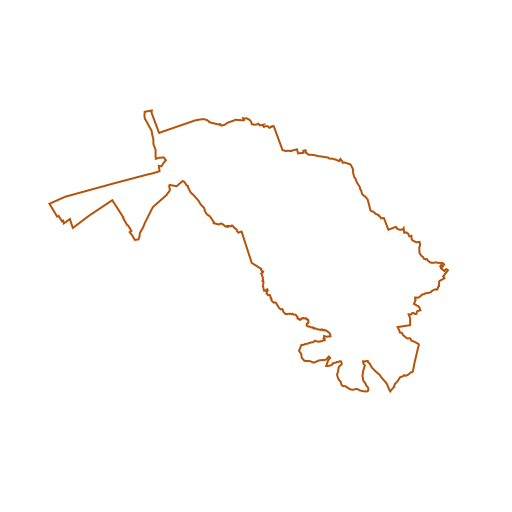 Vetagrande, Zacatecas, Mexico (Mercator projection), rotated 249°
{"feature_id": "50627088B7628264143957", "entity_name": "Vetagrande", "entity_type": "district", "adm_level": 2, "iso_a3": "MEX", "parent_name": "Mexico", "parent_adm1": "Zacatecas", "projection": "mercator", "projection_center": [-102.495, 22.871], "detail": "fine", "context": "isolated", "style": "outline", "palette": "amber", "viewbox_px": 512, "rotation_deg": 249, "n_neighbors": 0, "source": "geoboundaries", "source_scale": "gbopen_adm2", "svg_char_len": 6124}
<svg xmlns="http://www.w3.org/2000/svg" viewBox="0 0 512 512"><g transform="rotate(249 256 256)"><path d="M167.0,418.7L167.7,424.0L169.7,423.8L169.9,423.5L173.9,430.1L175.4,429.2L175.6,428.5L174.4,426.5L178.1,424.3L178.6,425.2L180.3,424.3L181.4,425.8L179.5,426.8L180.7,428.6L182.6,427.8L184.5,423.2L185.2,422.4L185.8,420.9L186.1,419.1L186.7,417.6L187.9,416.0L190.3,414.8L191.8,414.5L192.2,413.8L192.0,413.3L192.6,412.4L193.4,411.7L195.2,411.6L196.7,410.5L200.0,409.7L205.6,411.5L206.1,412.2L207.5,413.1L210.5,413.8L211.4,410.5L214.5,407.7L215.6,407.3L219.2,408.3L219.3,406.2L222.5,406.0L223.4,405.1L224.1,405.0L224.6,402.7L229.0,403.8L228.4,403.0L228.3,401.6L228.7,401.1L228.7,400.1L230.5,397.7L233.1,397.1L233.1,389.0L245.7,389.0L246.3,386.3L248.7,385.8L249.9,384.8L250.4,385.1L252.4,382.8L255.3,381.5L256.4,379.8L257.0,379.4L257.5,379.2L268.7,380.5L272.4,379.3L272.9,378.6L275.6,377.3L280.4,377.6L281.0,377.2L283.4,377.6L288.9,376.5L292.3,376.6L294.6,376.0L299.4,376.5L300.6,376.8L301.5,377.5L302.6,377.6L306.6,377.2L307.9,376.8L311.6,372.1L312.0,370.3L313.6,370.5L314.7,369.9L316.4,369.6L316.1,368.9L315.1,368.5L314.7,367.7L317.8,364.6L318.0,364.0L319.5,362.3L320.0,360.8L321.0,359.0L321.8,358.8L322.9,357.2L327.2,349.5L329.4,346.4L331.0,343.3L331.3,342.0L332.2,340.9L333.4,340.5L334.4,339.7L337.0,340.1L337.3,337.9L335.3,337.4L336.7,332.0L340.9,332.5L341.6,327.0L341.3,326.6L342.9,323.4L343.3,321.1L344.3,320.4L345.3,318.7L370.8,319.1L371.2,318.3L371.0,317.4L371.4,317.4L371.4,316.6L370.8,314.4L372.9,313.5L373.6,312.1L373.7,309.6L375.5,309.2L375.9,310.0L376.6,306.3L378.7,305.7L378.6,303.2L379.3,301.2L380.6,299.3L382.8,299.6L385.4,298.8L388.0,296.5L388.4,294.7L389.2,293.4L387.2,293.5L387.2,292.7L390.6,285.5L390.4,283.4L390.6,277.5L389.7,273.5L390.2,270.4L392.0,269.9L392.1,269.0L391.7,269.0L396.6,261.7L398.0,260.2L398.6,260.2L400.5,258.9L402.5,256.3L403.6,252.2L404.4,247.8L405.7,209.6L427.3,209.8L429.2,210.9L430.5,203.7L426.3,201.9L424.1,201.5L410.5,203.4L404.6,202.3L402.4,202.2L397.1,200.3L391.0,200.3L386.0,198.3L382.7,197.3L382.5,198.8L382.6,200.1L381.1,205.2L377.7,206.2L376.5,203.9L373.6,199.8L375.0,197.6L369.7,196.3L370.3,187.9L370.8,185.4L374.7,149.7L379.7,99.3L378.8,81.9L364.0,84.5L364.2,86.1L357.9,87.3L358.1,88.6L355.3,88.2L357.2,95.5L347.8,95.0L353.6,115.1L359.6,141.8L339.5,146.0L339.2,145.5L331.0,146.8L330.4,147.5L324.1,148.7L323.6,146.6L319.2,147.9L314.5,148.6L313.6,152.1L314.7,153.4L319.3,156.0L323.3,161.0L326.7,164.1L337.3,175.7L338.8,177.7L345.1,194.7L346.3,196.1L347.4,198.2L348.7,199.4L352.2,199.9L353.3,200.8L349.6,206.9L352.3,214.4L351.1,215.6L346.6,216.6L346.0,217.5L344.8,217.2L338.9,217.7L335.3,219.5L328.3,222.1L323.8,222.9L319.7,224.7L318.3,224.8L316.9,224.3L312.7,225.0L309.6,227.1L308.3,227.5L302.5,228.8L301.8,228.3L298.9,232.4L298.7,233.0L299.0,234.6L298.7,235.2L296.9,236.9L295.8,237.2L294.6,238.0L294.2,238.5L294.5,239.3L294.4,239.9L293.4,239.9L293.2,240.2L294.1,240.9L292.8,242.9L292.7,243.5L293.2,244.1L292.9,244.8L290.0,245.9L287.6,247.5L286.4,247.1L284.1,247.9L284.0,251.3L251.1,249.5L242.0,256.4L241.5,255.9L239.9,256.0L239.0,257.1L237.9,256.0L237.8,254.6L233.7,254.7L232.4,254.2L231.4,254.2L230.4,253.0L230.1,253.1L229.7,253.8L226.7,252.6L226.1,251.9L225.1,251.5L224.5,251.7L220.8,251.0L220.3,252.0L220.9,254.6L219.5,254.5L218.6,253.2L217.5,252.4L215.0,253.3L214.8,254.6L214.4,255.0L211.8,254.9L211.3,254.5L210.5,255.1L209.2,254.6L208.3,254.7L206.0,256.0L205.7,257.4L205.1,258.0L203.1,258.1L201.6,258.7L200.7,258.5L199.1,259.0L197.3,259.9L197.1,261.4L195.5,261.8L194.3,261.4L191.1,262.8L189.9,267.2L188.9,268.2L189.1,269.3L188.0,270.0L187.1,271.7L186.5,272.2L184.9,272.5L184.3,273.0L183.0,272.4L181.8,273.0L181.5,274.1L180.9,274.0L180.5,274.3L181.2,276.7L181.5,276.9L181.2,277.9L180.7,278.1L180.7,278.7L180.2,279.2L180.0,280.1L179.6,280.0L179.4,280.6L178.7,280.7L178.5,281.3L177.7,281.5L177.6,281.8L176.8,281.7L175.9,281.2L175.1,281.2L174.5,280.2L174.7,279.2L172.8,278.3L172.3,279.0L171.6,279.3L170.8,280.9L169.6,281.9L169.0,282.9L169.1,283.2L168.6,283.5L168.4,284.1L167.6,283.9L167.0,285.7L165.5,287.1L164.1,289.8L163.9,289.8L163.9,291.0L163.1,291.5L163.3,291.9L162.7,292.5L162.7,293.0L162.1,293.1L161.8,294.3L158.5,296.6L156.8,297.2L154.3,296.8L155.4,292.8L156.9,290.9L155.0,290.1L154.9,289.7L153.7,290.4L152.6,289.8L153.1,288.4L152.9,286.9L153.4,285.4L153.2,284.9L153.4,284.1L154.6,281.9L155.8,280.9L155.1,278.5L155.8,274.9L155.6,272.9L156.1,271.3L155.9,270.7L156.2,270.1L156.0,268.6L156.7,266.5L152.1,262.2L148.2,263.1L144.5,262.2L140.7,263.7L138.5,268.7L135.7,271.7L135.9,277.7L134.3,283.2L134.2,284.5L136.1,287.9L134.3,288.7L132.3,285.6L129.8,283.4L128.8,282.9L128.2,282.1L127.6,283.2L127.1,287.0L127.5,288.6L128.3,289.1L127.8,292.8L128.1,293.6L127.6,294.9L127.7,296.3L127.4,297.4L125.6,297.6L124.1,297.1L123.1,294.2L122.4,293.3L118.5,291.0L116.2,289.1L112.2,288.8L109.1,289.5L108.6,290.0L105.9,289.7L104.0,290.0L103.3,290.7L102.7,292.3L101.5,293.6L99.9,294.3L98.8,295.5L97.9,296.0L96.4,298.4L95.9,302.2L94.3,304.1L93.6,304.4L91.5,307.3L89.8,310.9L89.9,312.2L91.7,313.3L92.8,313.4L96.6,312.3L97.8,312.6L100.8,311.5L105.8,312.4L110.1,314.7L114.8,318.4L116.4,317.8L118.7,318.0L119.3,318.3L118.5,319.1L118.7,320.2L117.9,322.7L116.8,322.5L114.6,323.6L110.6,324.1L105.4,326.3L100.9,328.8L97.5,329.6L91.4,331.9L89.2,332.4L84.5,332.4L81.5,332.8L84.6,338.1L84.5,338.3L85.5,338.6L86.8,340.0L88.5,343.5L91.2,347.1L91.0,349.8L91.7,351.6L91.0,352.0L90.5,352.9L90.7,355.8L91.7,358.4L91.9,361.0L99.0,365.4L113.4,375.2L114.1,376.0L115.6,376.2L119.5,372.9L121.0,370.9L122.2,370.5L123.3,370.7L124.0,370.1L125.0,367.4L129.2,365.1L132.2,364.5L132.8,363.0L133.2,362.9L135.0,363.1L138.9,362.7L136.2,375.1L142.5,377.6L146.8,377.6L146.0,379.5L146.0,380.3L146.8,381.6L146.6,382.4L144.9,383.7L144.5,384.6L144.8,385.3L146.4,386.3L146.7,387.0L146.4,390.1L150.3,390.0L154.7,386.3L157.8,389.3L158.7,389.1L160.2,389.6L158.9,392.7L159.8,395.9L160.4,396.8L160.4,398.0L160.1,398.8L160.5,400.8L159.8,403.1L159.5,406.5L160.3,407.5L160.7,410.9L160.2,412.5L159.7,412.9L159.8,413.4L161.7,414.8L162.2,415.4L162.2,416.0L166.5,417.8L167.0,418.7Z" fill="none" stroke="#b45309" stroke-width="2"/></g></svg>